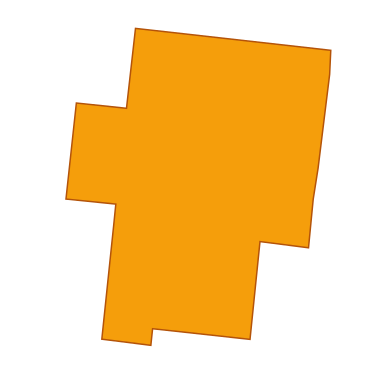 outline of Langlade, Wisconsin, United States of America, rotated 96°
{"feature_id": "52423323B38339757578599", "entity_name": "Langlade", "entity_type": "district", "adm_level": 2, "iso_a3": "USA", "parent_name": "United States of America", "parent_adm1": "Wisconsin", "projection": "albers", "projection_center": [-89.026, 45.249], "detail": "fine", "context": "isolated", "style": "filled", "palette": "amber", "viewbox_px": 384, "rotation_deg": 96, "n_neighbors": 0, "source": "geoboundaries", "source_scale": "gbopen_adm2", "svg_char_len": 366}
<svg xmlns="http://www.w3.org/2000/svg" viewBox="0 0 384 384"><g transform="rotate(96 192 192)"><path d="M115.6,316.3L212.2,316.6L212.0,266.5L232.6,266.4L347.8,266.3L348.8,216.9L332.1,216.9L332.5,118.9L234.2,119.2L235.3,70.3L186.4,70.7L155.3,69.1L60.7,67.4L36.6,68.8L35.2,265.3L115.6,265.9L115.6,316.3Z" fill="#f59e0b" stroke="#b45309" stroke-width="1.5"/></g></svg>